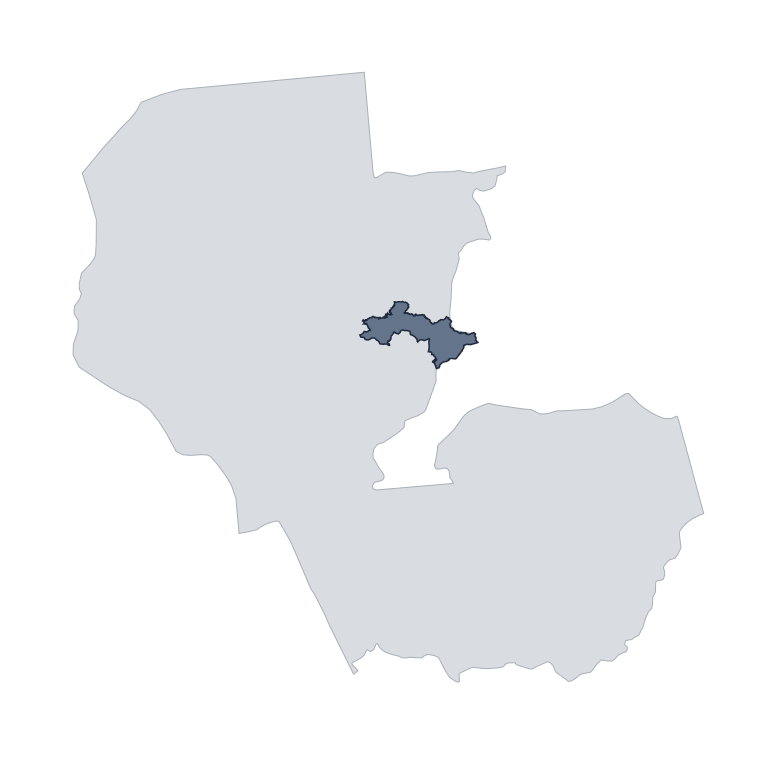 Mushindano, North-Western, Zambia shown in context, rotated 85°
{"feature_id": "96606910B46264133370016", "entity_name": "Mushindano", "entity_type": "district", "adm_level": 2, "iso_a3": "ZMB", "parent_name": "Zambia", "parent_adm1": "North-Western", "projection": "natural_earth1", "projection_center": [26.828, -12.5], "detail": "fine", "context": "in_parent", "style": "filled", "palette": "slate", "viewbox_px": 768, "rotation_deg": 85, "n_neighbors": 0, "source": "geoboundaries", "source_scale": "gbopen_adm2", "svg_char_len": 9782}
<svg xmlns="http://www.w3.org/2000/svg" viewBox="0 0 768 768"><g transform="rotate(85 384 384)"><path d="M520.3,541.4L484.9,541.5L472.0,544.7L461.4,549.7L448.7,557.5L441.4,562.9L439.4,565.9L438.4,572.6L438.3,582.8L437.0,590.2L433.2,596.9L414.0,605.1L401.5,611.7L389.2,619.6L379.8,629.9L373.4,642.5L362.9,658.1L340.8,686.0L328.0,691.2L317.3,690.0L304.3,684.2L294.0,683.1L286.4,686.7L279.4,685.6L272.9,679.8L267.5,677.6L263.2,679.2L257.6,678.9L247.3,675.7L238.5,665.8L233.7,661.7L230.0,660.1L219.4,658.5L195.1,656.2L169.9,661.1L147.7,666.2L125.1,644.0L103.2,620.5L98.6,614.6L90.3,606.7L84.4,602.9L82.1,601.0L76.1,580.1L72.8,560.9L71.7,376.5L171.2,376.5L177.6,375.7L177.9,373.7L173.2,363.9L173.5,360.4L174.7,353.7L179.0,340.4L179.3,335.9L177.2,321.4L177.4,313.3L178.5,296.9L177.8,291.3L180.1,284.0L180.9,279.1L181.8,277.0L180.6,271.4L178.6,251.9L177.4,243.7L183.4,244.9L185.4,248.9L186.5,253.3L189.2,253.5L196.4,256.2L198.8,259.8L200.5,267.6L199.5,271.6L197.2,274.8L199.5,277.7L204.2,279.6L207.0,279.0L215.0,273.7L222.4,271.7L226.2,270.3L242.6,266.8L245.9,264.9L248.2,264.9L249.8,266.5L248.4,272.0L247.9,276.9L249.9,286.2L251.5,290.5L254.9,293.7L257.4,295.3L260.2,298.7L265.9,298.1L278.5,302.8L282.3,305.0L287.7,307.2L291.4,308.0L304.4,309.7L318.2,312.3L325.3,312.5L330.3,311.9L333.9,310.5L336.0,309.0L337.0,307.7L342.2,290.1L344.8,288.7L348.2,287.8L350.2,289.4L352.5,300.5L362.4,310.6L365.8,319.0L368.2,326.2L370.4,328.2L374.2,330.7L380.2,331.6L385.5,331.8L412.3,344.1L415.2,346.3L418.5,352.9L420.4,360.3L422.5,366.2L426.0,367.3L429.0,367.8L432.1,371.8L434.4,375.3L442.3,389.8L443.4,395.6L447.2,399.4L452.4,401.1L457.2,401.3L460.0,399.5L466.8,396.6L472.1,393.1L476.0,391.9L478.3,392.7L480.1,395.0L481.2,402.3L485.0,404.7L487.8,403.7L488.9,400.9L488.9,399.5L489.1,323.7L486.7,324.3L483.6,326.4L476.5,326.7L473.8,328.3L472.9,330.7L473.4,333.8L473.5,338.1L472.5,340.1L469.4,340.9L464.9,339.3L456.8,337.1L450.0,335.8L445.2,330.1L438.6,321.6L434.3,317.2L423.9,308.3L422.1,306.5L419.0,302.3L416.3,295.2L413.7,287.0L412.3,281.8L414.8,273.8L421.0,247.5L422.4,239.4L427.5,231.1L427.8,223.6L425.8,214.1L426.3,208.9L427.1,178.8L425.7,169.3L422.3,158.8L414.8,144.2L414.8,141.0L426.4,131.5L429.9,127.9L435.9,120.2L440.0,113.7L442.6,108.4L443.5,101.5L441.6,95.0L445.5,93.7L541.0,76.8L542.3,81.3L545.2,88.7L548.5,94.2L552.6,99.0L556.0,102.0L558.3,102.8L573.1,102.5L578.3,105.5L582.9,109.2L584.0,114.9L587.1,118.5L590.3,121.3L591.7,121.7L594.1,121.0L598.1,120.9L601.7,122.2L603.4,123.4L603.6,128.2L604.7,130.4L609.7,131.2L614.7,131.6L619.6,134.8L624.9,135.4L631.0,136.8L633.8,140.3L640.3,143.9L648.3,147.1L657.0,152.4L657.2,154.1L658.6,157.2L660.2,159.4L660.3,162.8L661.0,165.8L663.2,166.6L665.1,166.8L666.8,164.6L669.1,164.6L671.7,166.0L672.6,169.6L674.6,174.4L677.8,177.6L679.9,180.8L679.2,186.5L677.8,191.7L682.1,196.9L687.8,201.8L689.3,204.0L689.8,211.3L690.6,213.7L694.5,219.8L696.3,223.8L696.2,226.2L685.7,238.2L679.3,240.0L676.5,242.5L674.8,245.0L678.9,257.0L681.0,261.5L679.2,267.2L675.0,276.9L673.1,277.7L672.7,285.0L673.9,287.7L676.0,289.8L676.8,294.8L676.5,307.1L673.9,321.1L678.5,333.3L680.1,334.6L686.5,334.7L687.7,335.7L686.1,339.2L681.5,344.6L673.2,348.7L661.3,353.4L658.8,357.8L657.2,364.2L658.5,368.0L660.1,370.1L659.5,375.8L658.5,381.7L658.8,386.3L658.2,390.4L656.6,392.5L654.5,398.7L651.9,404.9L649.9,407.8L646.9,410.7L642.2,413.2L642.3,414.5L647.6,417.4L648.9,419.4L649.4,420.7L647.2,423.9L649.6,425.8L652.6,427.4L655.4,431.6L658.6,439.4L659.2,440.2L660.1,440.3L661.9,439.4L665.2,436.3L667.5,435.1L670.4,439.6L620.7,459.0L609.1,462.9L591.7,469.8L586.0,472.3L581.5,474.8L535.3,489.9L528.1,492.9L511.8,500.6L511.2,501.9L511.4,505.4L512.8,512.7L515.6,519.3L518.0,523.1L519.5,532.8L520.3,541.4Z" fill="#d9dde1" stroke="#a8b0b8" stroke-width="1"/><path d="M373.0,330.5L373.3,330.0L372.6,329.0L372.8,328.2L372.6,327.8L371.7,327.4L371.2,326.9L370.2,326.9L369.5,326.4L369.0,325.4L368.2,325.0L367.3,322.7L367.0,321.7L367.0,319.6L366.2,318.4L366.2,317.6L365.7,317.1L365.1,317.4L364.8,317.2L364.4,314.4L365.2,310.7L364.8,309.7L363.2,308.4L362.2,307.2L361.1,306.9L360.9,306.0L360.1,305.7L359.8,305.0L357.9,303.9L357.9,303.3L357.2,303.3L355.4,301.8L354.0,301.1L353.8,301.5L353.2,301.4L352.1,300.6L352.1,299.2L351.5,298.2L352.2,296.1L351.9,294.9L352.4,294.1L351.9,292.8L351.9,291.4L351.6,290.7L351.6,290.1L350.8,286.7L350.6,286.7L350.1,287.8L349.0,288.1L348.2,289.1L346.1,288.3L345.0,288.7L344.8,289.1L344.1,289.5L342.4,288.5L341.9,288.7L341.7,289.2L340.9,289.6L340.6,290.0L340.7,290.4L341.4,291.4L340.9,291.9L341.0,292.1L341.5,293.4L342.0,293.8L341.9,294.5L342.3,295.8L341.4,296.9L341.4,297.6L341.1,297.5L341.1,297.9L340.8,297.9L340.7,298.2L340.0,298.2L340.1,299.5L339.9,301.7L340.2,302.4L339.6,302.6L339.4,303.1L340.2,304.1L339.8,304.7L339.1,304.9L338.8,305.8L338.1,306.4L337.4,308.9L336.7,309.5L336.5,310.1L335.2,310.0L335.0,310.8L334.5,311.4L334.1,311.4L333.7,312.6L333.2,312.9L332.1,312.7L331.0,313.3L330.1,313.2L329.9,312.9L329.1,312.6L327.7,311.3L327.4,311.3L327.2,311.6L326.6,311.8L326.3,312.5L325.9,312.4L325.5,312.7L325.4,313.2L325.0,313.3L324.6,314.3L324.0,314.4L323.6,314.0L323.2,315.1L322.4,316.0L324.3,317.4L325.3,319.1L324.8,321.8L325.2,322.5L325.6,322.7L325.8,324.0L326.8,324.6L327.6,326.8L327.3,328.1L327.8,328.7L327.8,329.0L328.6,329.3L328.6,330.3L328.4,330.9L327.7,331.1L327.5,331.4L327.1,331.3L327.1,331.6L326.9,331.6L326.8,332.1L326.4,332.4L325.8,332.5L325.6,332.8L325.4,332.7L325.3,332.9L324.6,332.7L324.0,333.0L323.7,333.3L323.4,334.3L323.3,334.2L322.5,335.2L322.3,335.2L322.4,336.4L321.5,336.7L321.1,337.3L320.9,337.2L320.9,336.9L320.5,337.4L320.2,337.2L319.9,337.6L318.9,337.7L318.9,338.4L319.1,338.5L318.8,338.8L319.0,338.9L318.2,339.6L318.2,339.9L318.4,340.0L318.2,340.3L318.3,341.0L318.6,341.1L318.7,341.5L318.2,342.8L318.7,344.3L318.6,344.7L318.2,344.9L318.2,345.4L318.0,345.8L317.7,346.1L317.4,346.0L317.2,346.6L317.6,346.9L317.7,347.1L318.0,347.0L318.8,347.2L318.8,348.2L318.6,348.4L318.6,348.8L317.4,349.2L317.0,349.8L316.6,350.0L316.5,350.7L317.1,351.3L316.9,352.2L316.4,352.4L316.3,353.5L316.0,353.4L315.9,353.7L315.7,353.7L315.8,354.1L315.3,354.2L315.1,355.0L315.3,355.6L314.9,355.9L315.5,356.5L315.4,356.8L315.4,357.2L315.0,357.1L314.8,357.6L314.7,357.5L314.3,356.7L313.0,356.1L312.5,355.1L311.7,354.6L311.2,353.8L310.2,353.7L310.0,352.9L309.2,352.6L307.9,353.3L307.5,353.2L307.2,352.6L305.2,354.0L304.3,355.5L304.6,356.7L303.4,358.2L303.4,358.9L303.9,360.0L303.3,361.7L303.3,362.8L303.7,364.4L303.1,365.8L303.1,366.5L303.8,366.2L304.2,366.5L305.4,366.4L305.8,366.7L305.7,366.9L306.3,367.3L306.7,366.9L307.0,367.6L307.8,367.4L308.0,367.7L307.8,368.5L308.9,368.8L309.0,370.0L309.5,369.8L310.9,371.6L311.3,371.2L311.5,371.7L311.7,371.4L312.3,371.9L312.6,371.8L312.7,372.3L313.0,372.1L312.9,371.6L313.6,371.6L313.4,371.1L313.7,370.8L314.0,371.1L314.2,370.9L314.5,371.2L314.9,370.8L314.7,371.5L315.1,372.1L315.5,371.4L315.8,371.4L315.7,371.9L315.3,372.1L314.8,373.5L313.6,374.3L314.0,374.5L314.5,374.2L314.5,375.0L314.7,375.3L315.0,375.3L315.3,374.6L315.5,374.7L315.2,375.9L314.8,376.0L314.7,376.3L316.0,376.4L316.2,375.6L316.5,376.1L316.4,377.0L317.0,377.3L317.2,377.0L317.1,376.0L317.4,375.4L317.8,375.2L317.6,376.2L318.2,377.2L318.4,378.0L318.1,378.8L317.5,378.1L317.2,378.3L317.2,378.8L317.7,379.3L318.2,380.1L318.0,381.9L318.3,382.0L318.5,382.7L317.7,382.0L317.4,382.0L317.3,382.9L317.6,383.4L317.4,383.6L317.5,384.1L317.2,384.8L317.4,385.2L316.9,386.3L317.1,386.7L316.8,387.0L317.1,387.3L316.2,388.0L315.7,388.9L315.9,389.9L316.9,390.2L316.7,391.7L316.8,392.4L317.1,392.7L317.1,393.0L317.7,393.7L317.9,394.9L318.4,395.4L318.8,395.3L319.0,395.8L318.5,395.9L318.4,396.7L319.9,397.5L319.8,397.9L319.1,397.9L318.9,398.1L318.8,398.4L319.0,398.8L318.8,399.1L318.5,399.1L318.6,399.5L319.3,399.8L319.3,399.2L320.1,399.0L320.6,398.4L321.6,398.5L322.0,398.9L321.9,398.4L322.4,398.3L322.2,397.7L322.6,397.4L322.2,396.7L322.4,396.6L322.5,396.3L322.9,396.5L323.1,395.8L324.1,395.4L324.4,395.5L325.2,394.9L325.5,395.1L326.3,394.8L326.5,394.5L327.1,394.6L327.4,394.0L328.0,393.5L328.5,393.5L328.8,392.9L329.1,392.8L329.4,393.0L329.4,394.1L329.6,394.9L330.5,395.8L330.4,397.3L330.6,397.6L330.1,398.2L329.9,399.2L330.9,399.6L331.2,400.2L331.6,400.4L332.0,401.0L332.9,402.6L333.1,403.8L335.3,403.0L335.9,399.7L337.8,399.0L338.5,397.5L338.6,395.3L337.8,393.2L337.0,392.1L337.2,390.3L337.6,389.2L339.0,387.9L339.7,387.5L340.1,386.6L341.3,385.4L343.4,384.8L343.7,384.4L344.4,380.8L344.1,379.8L344.5,378.5L344.4,377.6L345.0,376.8L345.8,376.4L346.0,375.1L344.6,375.2L344.0,376.3L343.6,376.5L342.4,376.6L341.6,376.4L341.4,376.1L341.9,375.2L340.9,374.8L341.0,374.2L340.8,373.8L340.1,373.7L339.6,373.1L337.0,372.9L336.4,372.2L336.3,371.9L333.0,369.4L333.8,368.6L333.8,368.4L334.1,368.4L334.1,368.1L334.5,367.7L335.1,366.2L335.0,365.7L335.4,365.3L333.9,363.3L332.9,363.1L332.1,361.7L331.8,360.5L332.6,359.0L332.6,357.5L332.8,356.6L332.7,356.2L333.1,355.7L333.6,353.7L335.8,353.3L336.3,353.6L336.6,353.1L337.3,353.0L338.0,351.0L338.8,350.3L339.8,348.9L340.4,348.7L342.0,347.3L342.8,347.3L343.7,347.0L344.5,347.2L345.0,346.8L344.7,346.7L344.4,345.9L343.6,345.1L343.2,344.2L343.1,342.3L344.0,340.9L344.2,340.0L343.9,338.6L343.5,337.8L343.5,337.3L343.0,336.1L343.0,334.9L346.1,335.7L350.4,335.7L353.0,336.1L355.7,337.0L356.0,335.9L356.1,334.5L357.6,333.6L358.8,334.0L359.1,333.2L359.1,332.0L359.6,332.1L360.7,331.7L361.6,330.7L362.6,330.1L363.3,330.6L363.8,329.5L364.2,329.4L364.4,329.6L364.3,330.6L365.1,330.0L365.2,330.3L365.3,330.7L364.5,330.6L364.5,331.1L363.6,330.9L363.7,331.1L364.2,331.3L365.0,332.1L364.6,333.0L365.1,332.4L365.4,331.3L366.6,331.7L366.6,332.1L366.1,332.5L366.1,333.0L365.7,333.1L365.6,333.4L366.1,333.7L366.5,333.6L366.9,332.7L367.3,332.5L368.2,331.6L369.6,331.5L370.3,330.7L371.0,331.0L373.0,330.5Z" fill="#64748b" stroke="#1e293b" stroke-width="1.5"/></g></svg>